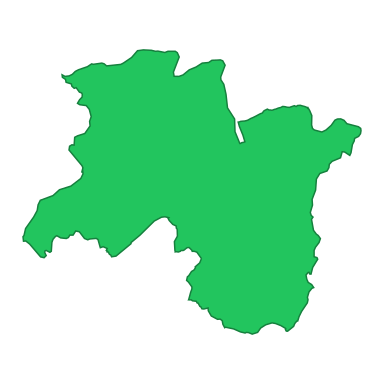 Telimele, Télimélé, Guinea (Mercator projection)
{"feature_id": "49546643B50480493924889", "entity_name": "Telimele", "entity_type": "district", "adm_level": 2, "iso_a3": "GIN", "parent_name": "Guinea", "parent_adm1": "Télimélé", "projection": "mercator", "projection_center": [-13.353, 10.89], "detail": "fine", "context": "isolated", "style": "filled", "palette": "green", "viewbox_px": 384, "rotation_deg": 0, "n_neighbors": 0, "source": "geoboundaries", "source_scale": "gbopen_adm2", "svg_char_len": 3995}
<svg xmlns="http://www.w3.org/2000/svg" viewBox="0 0 384 384"><path d="M116.0,256.1L131.0,243.7L131.1,242.5L139.9,235.2L154.3,221.0L161.5,217.2L165.0,216.8L168.6,217.6L168.8,217.7L168.0,218.2L169.2,220.5L172.8,224.4L176.2,226.0L176.3,228.1L177.2,229.3L177.4,236.2L174.4,241.6L174.9,250.2L175.2,251.6L175.2,251.9L176.1,251.7L178.4,252.0L180.3,251.3L181.0,250.5L183.1,250.5L184.2,250.0L185.6,248.8L186.5,248.1L187.1,247.7L189.1,247.5L191.8,250.2L192.2,251.3L194.2,251.3L196.1,251.9L196.9,252.2L201.4,258.5L201.5,258.4L199.7,262.9L195.2,266.8L195.4,267.9L193.9,270.1L191.5,271.5L188.7,275.8L187.4,276.8L186.6,280.4L188.5,282.1L191.9,286.9L191.9,288.9L190.7,292.2L188.7,299.6L188.6,299.8L191.4,299.9L192.4,300.8L196.3,301.3L197.2,303.0L198.1,303.1L199.9,306.4L201.0,307.0L201.9,308.8L203.8,309.0L208.1,308.0L208.3,310.8L211.3,316.0L217.5,319.3L220.1,319.1L222.2,320.6L222.9,324.3L224.7,327.7L225.5,327.2L233.6,328.9L240.4,331.9L245.1,333.0L246.4,332.4L248.6,332.6L252.2,334.1L257.6,332.4L260.7,328.0L265.7,324.8L272.0,322.9L275.5,323.5L280.9,325.6L285.7,328.5L285.4,329.5L286.3,331.1L287.6,331.2L293.6,326.4L294.8,323.5L296.8,321.1L297.7,321.0L299.1,316.5L301.6,311.4L307.3,302.9L308.0,299.8L307.4,297.3L309.0,291.9L311.9,288.3L313.7,287.6L311.7,284.6L308.2,282.4L306.8,279.3L306.0,275.0L308.1,272.5L309.0,272.3L309.7,274.0L311.0,274.1L312.7,267.4L317.7,259.2L317.0,257.6L314.1,256.7L314.1,250.4L315.5,247.2L319.0,242.6L320.4,238.6L318.2,235.5L316.3,234.1L313.5,230.3L311.5,219.3L313.0,217.1L311.2,215.4L310.3,212.5L312.5,205.1L312.1,199.4L315.6,190.1L316.4,179.0L319.8,173.5L327.0,171.0L328.9,167.7L329.3,164.3L332.1,161.3L340.5,157.8L342.2,151.7L344.6,152.0L349.8,155.4L351.0,152.8L352.4,144.6L354.2,141.0L354.6,138.4L358.6,136.4L360.5,133.7L361.0,130.7L360.7,128.4L358.4,126.7L346.9,123.7L344.0,120.3L340.8,118.9L337.4,119.0L334.9,120.2L331.2,125.4L326.0,130.0L321.9,132.0L314.3,130.0L312.5,128.4L311.6,125.0L311.8,115.6L309.7,110.6L307.9,107.6L307.5,108.0L307.4,107.6L304.7,106.5L301.9,105.8L301.7,105.7L300.2,105.3L297.6,105.5L296.1,106.5L294.4,105.7L290.5,107.0L289.6,107.4L287.0,107.2L285.5,106.8L284.4,106.6L283.3,106.5L282.5,106.5L281.0,107.4L278.2,108.1L275.8,109.1L274.3,109.4L272.3,110.2L271.4,110.2L270.6,110.0L269.9,110.0L269.1,110.0L267.3,109.1L266.0,109.8L264.3,110.6L263.5,111.3L262.8,112.4L262.4,113.0L260.4,113.7L258.3,114.8L255.9,116.1L252.9,117.6L250.9,118.4L249.0,119.5L247.7,120.2L246.4,120.6L244.8,121.0L242.3,121.2L240.5,121.4L239.4,121.9L238.2,122.1L239.4,126.5L242.9,135.1L244.9,141.8L243.7,142.3L241.9,142.6L240.3,143.5L239.8,143.5L235.0,131.7L234.6,119.0L227.5,107.9L226.0,94.3L223.8,84.3L220.9,79.8L220.7,77.0L225.1,65.2L222.7,60.8L220.4,59.9L217.2,60.1L211.9,60.3L208.7,62.5L202.2,63.1L196.1,67.0L189.3,69.8L183.1,74.9L179.0,76.4L174.1,76.3L173.4,72.1L179.2,57.0L177.3,52.7L175.3,51.3L167.9,51.3L164.9,52.5L157.9,51.1L155.5,51.3L151.4,50.3L143.3,49.9L139.1,50.5L137.5,50.7L131.6,57.5L123.5,63.0L120.8,64.4L106.6,65.9L104.1,63.8L101.8,63.1L93.4,64.3L91.6,63.9L87.4,66.7L78.6,69.7L75.3,71.4L72.4,74.3L69.2,75.9L65.0,76.4L62.1,74.8L62.4,77.3L65.5,79.4L66.1,82.3L71.3,83.9L71.9,86.2L74.2,88.3L76.2,87.7L79.4,92.1L81.7,93.0L82.3,94.5L82.1,97.1L79.6,99.7L77.5,103.3L79.7,104.7L86.3,105.6L89.3,109.4L91.2,116.7L89.6,121.4L90.1,125.9L84.8,133.5L77.6,135.8L74.7,137.3L74.1,145.1L71.9,144.8L69.6,146.2L69.0,150.0L82.0,165.7L82.9,167.8L81.7,172.6L82.7,171.0L83.0,173.9L80.8,178.5L70.9,186.1L59.5,189.7L53.0,195.6L40.3,200.3L38.1,204.8L37.2,210.5L33.7,217.0L25.6,228.5L24.0,235.5L23.0,236.7L23.5,241.2L25.8,241.0L29.7,244.1L40.6,256.9L44.1,257.7L46.2,255.6L44.7,252.4L44.9,251.0L46.1,250.4L49.9,252.3L51.3,251.3L51.9,242.4L53.0,239.3L55.3,236.6L56.8,235.7L60.7,237.9L66.3,238.5L68.4,237.5L69.8,235.1L73.1,235.1L75.7,231.0L79.4,231.8L84.5,238.5L87.8,239.8L89.7,239.0L96.2,238.4L98.0,239.5L100.3,247.7L103.1,246.7L107.2,248.5L106.3,250.5L107.2,251.0L107.0,251.8L108.3,252.1L109.5,254.4L110.6,254.8L111.6,256.8L116.0,256.1Z" fill="#22c55e" stroke="#15803d" stroke-width="1.5"/></svg>